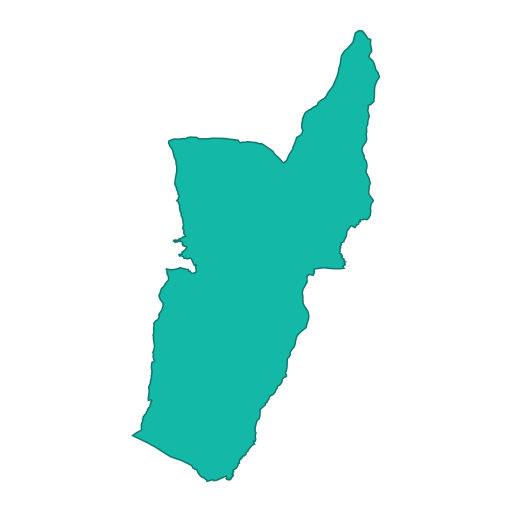 the district of Logresti, Gorj, Romania
{"feature_id": "2599482B14981850499200", "entity_name": "Logresti", "entity_type": "district", "adm_level": 2, "iso_a3": "ROU", "parent_name": "Romania", "parent_adm1": "Gorj", "projection": "equal_earth", "projection_center": [23.721, 44.889], "detail": "fine", "context": "isolated", "style": "filled", "palette": "teal", "viewbox_px": 512, "rotation_deg": 0, "n_neighbors": 0, "source": "geoboundaries", "source_scale": "gbopen_adm2", "svg_char_len": 6094}
<svg xmlns="http://www.w3.org/2000/svg" viewBox="0 0 512 512"><path d="M207.0,481.3L212.4,479.8L213.1,479.9L213.8,480.7L217.0,480.1L226.1,476.1L227.1,478.0L226.3,478.5L226.8,479.3L228.1,479.8L230.1,479.7L230.2,479.2L231.1,478.8L230.8,478.3L231.0,477.8L231.7,477.6L233.2,475.7L233.1,474.6L232.2,474.1L233.0,473.2L233.0,472.0L233.6,471.7L233.0,470.3L236.0,468.3L236.9,467.3L237.9,465.3L237.8,464.1L239.3,463.2L238.9,462.6L239.4,462.1L239.7,459.4L240.4,459.4L241.4,458.4L241.6,457.7L242.3,457.5L242.1,456.8L243.0,456.0L243.9,456.0L245.6,454.8L245.9,454.4L246.0,452.8L246.9,451.6L248.0,451.1L248.2,449.8L249.5,448.6L250.1,447.3L250.9,446.8L252.6,444.8L254.5,444.0L253.7,442.6L253.5,441.2L255.0,441.5L255.7,439.8L255.2,435.4L256.0,433.0L255.1,431.4L255.2,428.0L254.9,427.5L255.7,426.0L256.0,424.0L257.1,420.7L258.2,419.3L259.2,418.9L260.0,414.8L260.1,409.5L265.3,404.9L265.5,403.4L266.1,402.7L267.0,402.4L267.3,400.9L268.7,399.4L269.1,397.3L270.0,396.1L273.3,394.3L275.3,391.7L276.1,389.2L277.1,388.5L277.6,386.1L280.1,384.7L281.7,382.5L282.3,379.4L282.9,378.4L283.6,377.6L286.4,376.5L286.5,375.7L285.3,372.2L286.0,371.5L286.5,370.2L287.0,366.8L287.2,360.0L287.6,358.5L290.2,355.3L290.3,351.9L294.3,346.4L295.2,343.8L295.6,340.8L296.5,337.2L297.5,335.1L302.3,330.5L305.6,328.0L306.4,326.8L306.8,324.1L308.5,319.3L308.8,315.3L307.7,311.0L303.9,305.3L302.9,302.8L303.1,301.3L302.8,299.7L302.9,296.4L302.3,293.1L302.8,289.8L307.2,281.8L306.9,279.6L307.2,275.7L308.1,275.3L308.7,274.4L313.2,275.2L313.8,273.6L314.2,273.3L314.0,271.7L314.4,271.1L314.1,270.7L314.2,269.1L315.2,268.8L323.6,267.7L332.0,268.6L339.5,268.8L343.9,268.2L343.4,267.8L342.9,266.0L343.8,265.8L345.2,264.4L345.1,263.9L344.6,263.7L344.3,263.1L344.5,262.1L345.3,261.9L344.1,261.3L344.5,260.6L343.9,259.7L343.8,258.9L343.3,259.0L341.9,257.6L341.9,256.9L342.4,256.4L341.4,254.0L340.0,253.8L339.4,253.0L340.1,251.7L340.0,249.2L340.7,247.3L340.1,246.7L341.4,244.8L340.8,243.4L342.3,242.2L343.8,241.7L344.0,240.7L346.4,236.0L347.0,230.9L349.0,228.6L350.7,225.9L351.6,225.9L355.0,227.6L356.5,225.1L358.5,224.1L359.2,221.8L360.4,221.6L359.8,220.3L360.2,219.7L362.2,219.8L364.3,219.3L367.2,219.6L369.2,217.6L369.4,216.6L370.2,215.5L370.8,210.8L370.4,208.6L371.0,204.3L373.0,201.4L373.3,200.3L369.0,194.4L368.6,190.8L369.1,189.4L369.1,186.5L370.3,183.1L368.8,177.8L366.1,172.3L366.0,171.2L366.8,167.8L367.0,165.4L366.3,161.4L364.5,158.7L363.9,155.3L362.2,151.3L362.0,149.0L362.9,146.1L366.0,141.7L366.7,139.1L366.2,134.1L366.7,132.0L366.5,127.4L366.8,126.1L367.8,124.2L367.7,122.7L368.0,120.3L369.3,116.2L367.7,110.5L368.5,106.7L368.1,105.4L370.8,104.5L374.0,101.3L373.9,99.1L374.4,96.4L374.5,89.3L375.0,85.6L376.9,80.9L379.4,77.0L378.0,72.6L375.8,69.7L374.6,65.0L373.6,62.3L372.8,60.9L368.9,57.2L369.5,54.2L371.7,51.5L371.3,48.0L370.4,43.7L370.7,41.3L370.6,39.4L367.8,38.6L365.6,34.8L364.2,33.5L363.9,32.5L362.1,30.9L358.8,30.7L355.4,32.9L352.9,42.4L347.2,48.8L344.2,51.3L342.0,54.9L341.3,56.6L340.2,64.5L339.0,67.9L338.2,72.8L336.8,77.1L333.1,85.9L327.8,93.0L326.2,96.2L324.5,98.4L320.5,100.7L318.2,102.6L317.3,105.2L312.3,107.9L310.8,109.4L309.4,109.8L306.3,111.9L304.8,113.5L302.6,118.8L302.5,120.9L301.9,122.9L301.6,126.7L301.9,128.1L302.9,130.2L302.2,132.9L300.6,135.2L296.8,137.4L293.9,145.5L293.1,146.9L292.6,149.5L289.5,154.0L286.6,160.6L283.9,162.8L282.5,162.3L280.1,159.2L275.2,154.7L273.7,152.9L273.0,151.5L271.8,150.5L262.8,144.3L260.7,143.5L260.3,143.9L259.9,143.8L254.7,142.3L254.9,142.5L247.0,141.7L245.4,142.3L243.0,142.2L240.2,142.7L238.6,141.4L238.2,140.2L223.4,138.4L213.6,138.2L206.6,138.8L198.6,138.9L196.9,137.4L190.7,137.1L187.3,137.6L186.2,138.5L185.2,138.7L182.6,138.6L178.9,139.2L174.1,139.0L169.0,140.9L168.6,142.8L170.2,146.5L172.5,149.8L174.2,156.8L174.5,158.0L175.6,159.5L176.1,162.3L176.1,164.3L176.8,166.5L176.6,172.0L175.2,179.6L174.8,183.7L175.1,185.1L176.1,186.7L176.8,189.9L177.7,191.4L178.2,194.7L179.1,195.5L179.3,196.4L178.3,197.8L178.3,199.2L176.7,200.6L178.2,201.8L179.6,205.6L179.5,207.4L180.1,211.1L180.9,212.9L181.4,213.0L181.1,214.2L181.3,216.1L182.2,217.2L183.2,222.5L183.2,223.7L183.6,224.6L182.7,228.3L183.0,229.1L184.1,230.3L183.7,232.7L184.0,233.9L185.7,236.0L185.6,236.5L182.8,237.0L181.8,238.2L179.9,238.5L177.9,240.0L177.2,241.3L176.8,241.2L176.7,240.4L175.9,240.5L175.8,240.0L174.0,240.2L173.5,240.9L173.8,241.0L173.9,240.5L174.8,240.7L174.4,241.8L174.8,242.1L177.4,241.9L179.9,240.8L179.6,241.4L181.7,241.6L182.3,242.3L182.5,243.2L182.3,243.8L183.3,244.1L182.7,244.8L182.9,245.7L186.8,246.7L186.8,247.1L185.5,249.5L183.2,251.4L183.1,251.9L182.1,252.0L182.1,254.0L179.0,254.5L179.1,255.2L179.5,256.0L180.8,255.7L183.2,256.6L184.2,258.4L186.3,258.3L187.3,258.9L190.4,258.0L191.7,259.5L194.1,265.0L195.9,264.8L196.1,265.3L195.4,265.7L196.1,269.3L196.1,272.2L193.4,273.3L191.9,273.3L191.0,272.8L190.2,271.4L188.6,271.3L188.7,270.1L188.4,269.6L185.9,269.3L180.2,267.7L179.3,267.8L178.8,268.5L173.0,269.7L170.7,269.8L166.6,269.0L166.2,269.2L166.9,270.1L167.1,273.7L168.5,276.8L168.5,280.0L166.0,282.7L163.7,286.6L161.6,288.4L160.6,290.7L160.4,292.3L158.9,295.5L160.2,299.4L163.1,303.2L163.0,306.7L161.6,310.6L160.1,312.4L158.9,314.5L158.8,315.4L159.3,316.7L158.1,319.5L155.7,320.9L154.3,322.5L153.9,323.6L154.0,325.6L153.6,329.5L153.7,332.1L153.5,334.2L153.0,335.5L153.7,336.9L153.3,338.0L154.6,346.5L153.6,350.8L152.8,352.2L153.5,354.8L153.0,356.4L153.8,359.6L154.5,360.9L153.7,362.1L152.3,362.1L151.7,363.3L151.4,367.4L152.1,371.9L151.6,372.6L151.9,373.4L151.6,375.1L151.1,375.9L151.6,377.6L150.8,379.6L150.2,383.5L148.7,387.2L149.2,391.8L148.2,398.6L148.3,400.3L150.6,399.8L151.5,400.1L151.9,400.8L151.0,401.5L151.1,402.8L150.2,404.5L149.9,406.8L148.6,407.8L147.7,409.4L147.2,411.2L146.3,412.3L146.2,413.6L144.5,414.9L144.1,415.9L143.2,416.6L143.3,418.5L142.6,419.3L142.7,421.4L141.8,422.9L141.4,424.6L141.3,426.4L141.7,429.0L141.3,429.8L140.9,430.4L136.4,432.8L132.6,435.6L146.6,442.3L155.2,447.0L170.7,456.8L181.4,460.4L191.5,465.4L193.2,468.4L196.7,469.7L198.3,473.2L200.6,476.1L202.5,477.5L203.7,477.6L206.7,480.2L207.0,481.3Z" fill="#14b8a6" stroke="#0f766e" stroke-width="1.5"/></svg>